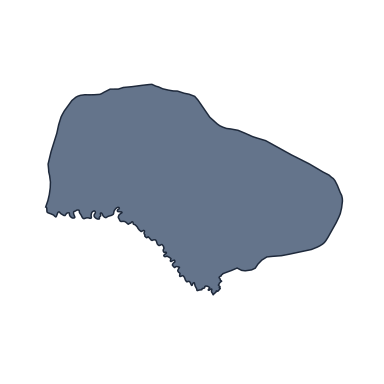 Xaybuathong, Khammouan, Laos (Albers equal-area conic projection), rotated 18°
{"feature_id": "54806243B39902865855878", "entity_name": "Xaybuathong", "entity_type": "district", "adm_level": 2, "iso_a3": "LAO", "parent_name": "Laos", "parent_adm1": "Khammouan", "projection": "albers", "projection_center": [105.527, 17.166], "detail": "fine", "context": "isolated", "style": "filled", "palette": "slate", "viewbox_px": 384, "rotation_deg": 18, "n_neighbors": 0, "source": "geoboundaries", "source_scale": "gbopen_adm2", "svg_char_len": 6015}
<svg xmlns="http://www.w3.org/2000/svg" viewBox="0 0 384 384"><g transform="rotate(18 192 192)"><path d="M243.0,282.1L243.5,282.9L243.7,283.1L244.1,283.0L244.2,282.2L244.9,281.4L245.1,280.7L245.8,279.7L245.7,278.7L245.9,278.5L246.2,278.4L246.5,278.6L246.8,278.6L247.3,278.3L247.9,277.0L248.5,275.6L248.6,274.9L248.1,274.6L247.7,274.7L247.5,274.4L247.6,274.2L247.9,274.1L248.0,273.8L247.9,273.4L247.6,273.2L246.3,272.7L245.9,272.4L245.9,271.8L246.3,271.2L246.2,270.5L246.2,270.2L246.7,269.4L247.1,268.5L247.5,268.1L247.7,267.8L247.5,267.5L246.3,267.2L246.0,266.6L245.2,265.6L244.4,265.3L244.2,265.0L244.3,264.2L244.5,263.9L245.0,263.3L245.6,262.9L245.7,262.6L245.6,261.8L246.5,260.7L246.5,260.3L246.6,260.1L253.7,254.5L258.4,250.4L263.4,251.2L267.0,250.5L272.7,247.7L275.7,244.9L277.0,240.2L279.5,235.1L283.3,230.6L288.3,228.4L296.8,224.9L303.7,221.1L323.3,209.8L328.2,205.7L330.2,203.7L332.3,201.2L333.5,199.2L334.3,197.1L335.3,193.2L338.6,176.6L339.4,170.6L339.7,166.8L339.2,160.9L337.9,154.2L337.1,152.0L336.3,150.5L335.3,148.9L333.2,146.8L328.3,140.9L324.5,137.1L322.3,135.6L320.1,134.9L317.2,133.6L310.4,132.5L295.2,129.1L274.6,125.9L246.2,120.4L236.6,120.6L232.5,120.6L224.1,119.7L216.7,119.1L209.2,120.1L205.2,120.9L201.2,120.8L197.9,120.4L194.8,119.4L185.8,115.4L169.2,102.7L165.0,100.2L159.0,99.9L154.0,100.5L147.0,100.5L142.9,101.7L138.0,102.4L132.2,102.9L127.8,102.4L124.8,102.5L120.6,102.0L118.1,103.0L111.3,106.1L102.1,110.5L94.4,113.8L90.1,116.9L82.3,119.5L77.5,124.3L75.6,126.4L74.2,127.6L69.0,129.7L64.4,131.3L60.1,132.6L56.1,134.5L53.9,136.1L52.2,137.8L49.5,142.1L45.5,154.4L44.7,158.4L44.3,161.1L44.4,169.1L45.3,178.0L45.5,197.3L46.5,209.9L48.8,215.2L49.5,217.1L51.5,220.4L54.3,226.3L55.9,231.9L57.1,238.7L57.6,244.7L57.5,251.5L58.0,251.5L58.6,251.9L59.2,253.1L59.9,255.0L60.2,255.6L60.6,256.0L61.1,256.2L61.6,256.3L64.9,256.4L67.5,256.7L68.8,257.4L70.0,257.8L70.1,257.7L70.5,257.4L70.7,253.6L70.8,253.1L71.0,252.6L71.3,252.2L71.7,252.0L72.0,252.0L72.3,252.1L73.4,252.9L73.9,253.1L77.2,253.9L77.6,253.9L78.0,253.8L78.6,253.5L79.0,252.0L79.5,250.9L79.9,250.5L80.5,250.1L81.5,249.8L81.9,250.0L82.4,251.3L82.9,252.1L83.3,252.5L84.2,253.1L86.1,253.7L87.1,253.5L88.1,253.0L88.3,252.6L88.4,252.2L88.1,251.7L86.3,249.6L85.8,248.5L85.6,247.4L85.9,247.0L86.1,246.8L86.9,246.2L87.2,245.9L87.7,245.1L88.0,244.9L88.9,244.4L89.4,244.3L89.9,244.3L90.4,244.4L90.6,244.8L91.3,246.3L91.7,246.7L93.4,248.0L95.5,250.1L96.1,250.5L96.6,250.7L97.4,250.8L97.8,250.6L99.5,249.3L100.3,248.9L101.7,248.6L103.0,248.6L104.0,248.2L104.2,247.5L104.1,247.0L103.5,246.1L103.2,245.0L103.0,243.6L103.0,242.9L103.3,241.8L103.5,241.4L104.4,240.5L104.8,240.2L105.2,240.2L105.7,240.3L106.0,240.6L106.4,241.1L106.5,241.6L106.5,242.0L106.0,243.9L106.2,244.9L106.5,245.4L107.0,245.8L107.6,246.2L108.8,246.7L110.2,246.9L110.9,246.8L111.6,246.6L112.1,246.3L112.2,246.1L112.2,245.9L111.7,244.9L111.8,244.5L112.5,242.9L112.5,242.6L112.4,242.3L111.6,241.2L111.5,240.8L111.5,240.5L111.7,240.2L111.9,240.0L112.3,240.0L112.7,240.1L113.2,240.4L114.4,241.7L114.9,242.2L116.5,243.0L117.6,243.1L117.9,243.0L118.4,242.7L119.3,241.5L120.0,240.9L122.8,239.0L123.7,237.9L124.0,237.5L124.1,236.7L123.9,235.6L123.8,233.9L124.3,232.2L124.6,231.5L125.0,230.7L125.9,229.7L126.5,229.4L127.1,229.3L127.3,229.3L127.7,229.6L127.9,229.9L127.9,230.2L127.7,230.8L126.8,231.9L126.7,232.4L126.8,233.0L127.0,233.3L127.4,233.5L127.8,233.5L131.1,232.7L131.4,232.8L131.7,233.0L131.7,233.5L130.6,234.8L129.7,236.3L129.6,237.3L129.6,238.5L129.8,239.0L130.1,239.4L131.1,240.2L131.5,240.8L132.2,241.4L132.6,241.8L133.4,242.0L133.9,241.9L135.0,241.4L136.2,241.0L137.3,240.9L138.3,241.1L141.1,242.3L141.4,242.3L141.6,242.2L142.2,241.2L143.3,240.5L144.0,239.0L144.3,238.8L144.8,238.8L145.3,239.2L145.7,239.9L146.1,240.6L146.4,240.7L148.2,240.8L149.2,241.3L150.8,242.2L151.9,243.3L153.7,244.5L155.0,245.0L155.8,245.3L156.1,245.2L157.6,243.6L157.9,243.5L158.5,243.5L158.9,243.8L159.0,244.0L159.1,245.2L159.0,245.6L159.3,246.4L159.6,246.7L160.4,247.2L160.5,247.4L160.6,248.2L160.8,248.6L161.5,248.9L161.7,249.1L162.6,249.4L163.0,249.5L163.3,249.3L164.0,248.3L164.3,248.2L166.4,249.3L167.9,250.3L168.7,250.4L169.0,250.4L170.4,249.3L171.4,249.0L172.1,248.9L172.4,249.0L173.3,249.8L174.8,251.9L175.5,252.5L176.3,252.9L177.2,253.1L178.0,252.6L179.2,251.4L179.8,251.3L180.1,251.4L181.3,252.2L181.9,252.8L182.2,253.4L182.5,253.7L182.7,254.1L182.7,254.5L182.5,256.0L182.7,256.6L183.0,257.2L183.8,257.9L184.2,258.1L184.6,258.0L184.9,257.7L185.7,257.3L186.0,257.3L186.4,257.6L186.5,257.9L186.4,258.4L184.9,260.5L184.8,261.1L184.9,261.4L185.6,261.8L186.1,261.9L187.1,261.5L187.8,260.9L188.1,260.8L188.4,260.8L190.3,261.1L192.3,261.7L192.5,261.8L192.6,262.1L192.6,263.8L192.7,264.2L192.9,264.5L193.2,264.6L193.5,264.6L193.8,264.4L195.1,263.0L196.4,262.3L196.8,262.6L197.1,263.1L197.3,263.9L197.1,264.3L196.5,265.0L196.1,265.8L195.9,266.6L195.9,267.5L196.2,267.8L197.0,268.4L198.3,269.1L198.6,269.2L198.9,269.2L199.1,269.0L199.5,268.2L200.0,267.8L200.2,267.7L202.4,267.4L203.3,267.5L203.4,267.8L203.0,268.6L202.7,270.6L202.7,271.0L202.9,271.5L204.0,272.4L205.3,272.9L205.6,273.1L205.8,273.4L206.0,275.2L206.3,275.8L206.6,276.0L206.8,276.0L207.1,275.9L208.4,274.8L209.1,274.4L209.9,274.7L211.1,275.5L212.2,276.8L212.6,277.5L214.2,278.8L214.7,279.0L215.0,279.0L215.6,278.5L216.1,278.2L216.8,278.0L217.1,278.0L218.0,278.4L218.3,278.6L219.6,280.2L220.3,280.8L220.6,280.9L221.0,280.5L221.1,278.7L221.4,278.0L221.7,277.7L222.0,277.6L222.4,277.8L224.0,280.4L226.2,282.5L226.5,282.9L227.0,283.9L227.3,284.1L227.5,284.1L227.8,284.0L229.2,283.0L231.0,282.2L231.5,281.9L231.6,281.5L231.5,281.1L231.7,280.6L232.2,280.3L232.7,280.0L233.0,279.9L233.3,279.6L233.6,279.1L233.6,278.7L233.4,278.0L233.5,277.8L233.8,277.5L234.2,277.2L235.4,276.9L236.4,276.9L238.2,277.4L238.3,277.7L238.3,278.0L237.7,279.8L237.7,280.1L238.0,280.3L238.4,280.3L238.6,280.2L239.9,278.5L240.7,278.3L240.9,278.4L241.0,278.9L241.2,280.4L241.4,280.9L242.2,281.7L243.0,282.1Z" fill="#64748b" stroke="#1e293b" stroke-width="1.5"/></g></svg>